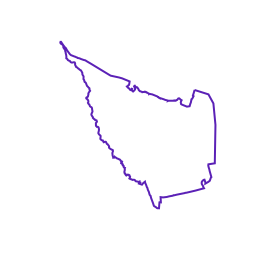 Sascut, Bacau, Romania, rotated 23°
{"feature_id": "2599482B20264955777633", "entity_name": "Sascut", "entity_type": "district", "adm_level": 2, "iso_a3": "ROU", "parent_name": "Romania", "parent_adm1": "Bacau", "projection": "orthographic", "projection_center": [27.041, 46.192], "detail": "fine", "context": "isolated", "style": "outline", "palette": "violet", "viewbox_px": 256, "rotation_deg": 23, "n_neighbors": 0, "source": "geoboundaries", "source_scale": "gbopen_adm2", "svg_char_len": 5642}
<svg xmlns="http://www.w3.org/2000/svg" viewBox="0 0 256 256"><g transform="rotate(23 128 128)"><path d="M187.9,189.8L187.0,187.1L186.0,184.1L186.3,183.9L187.3,183.6L185.0,178.9L187.4,178.2L190.7,176.3L192.5,174.9L195.4,173.0L196.0,172.5L196.1,172.2L196.3,172.2L196.8,171.9L199.1,170.2L205.7,165.7L206.0,165.3L207.0,164.8L214.5,159.3L221.5,153.8L220.6,153.1L219.5,151.9L218.0,150.9L217.6,150.4L217.2,149.5L217.0,148.9L217.1,148.1L217.4,147.2L217.9,146.2L218.6,145.7L220.2,147.5L220.6,148.1L220.9,149.0L223.0,146.2L223.9,144.6L223.7,141.8L223.7,140.9L223.9,140.6L219.9,135.6L219.1,134.4L217.8,132.9L216.6,131.3L216.2,130.0L221.7,126.6L207.3,91.0L197.0,72.0L188.9,65.6L177.5,66.7L174.4,67.0L174.5,67.0L174.5,67.5L174.8,69.8L175.1,73.0L175.5,73.2L175.9,73.2L175.7,75.8L175.2,76.8L175.4,77.0L175.5,78.1L175.9,80.0L175.9,81.3L176.2,83.9L173.9,85.3L168.9,85.4L167.6,85.3L166.6,83.9L166.4,82.8L166.5,81.5L165.2,81.3L163.7,80.7L162.8,81.1L162.7,81.3L162.3,82.9L161.8,83.3L161.1,84.1L160.5,84.3L160.7,84.5L154.6,87.1L154.4,87.3L154.4,87.1L152.4,87.4L151.3,87.6L149.7,87.6L146.1,87.9L146.1,88.2L144.7,88.1L144.0,87.9L143.8,87.6L143.3,87.8L143.1,87.7L142.6,87.5L137.1,87.6L135.9,87.9L134.1,88.2L134.0,88.5L133.7,88.2L132.8,88.1L131.4,87.9L131.3,88.1L130.9,88.1L130.3,87.8L130.0,87.8L129.7,88.0L129.4,88.0L129.3,88.3L128.9,88.3L128.3,88.8L127.7,89.0L127.4,89.3L127.1,89.5L126.9,89.4L126.5,89.3L125.2,89.4L124.8,89.4L124.5,89.5L124.1,89.2L123.9,89.2L123.1,88.9L122.5,88.2L121.7,87.6L120.8,87.2L120.6,87.0L120.4,87.0L120.2,87.2L119.1,87.1L118.1,86.7L117.7,86.4L117.6,86.5L117.8,86.7L117.5,87.5L118.2,87.9L118.3,88.1L119.1,88.7L119.3,89.5L119.4,89.8L119.1,91.0L118.4,92.4L116.3,91.6L116.5,90.9L116.5,90.4L116.1,90.4L116.0,90.9L115.9,91.2L115.8,91.3L115.8,92.0L114.9,92.0L114.5,91.7L113.6,91.2L112.5,91.0L111.8,90.6L111.3,90.5L110.8,90.2L111.3,89.7L111.5,89.3L111.5,88.8L112.1,87.9L111.8,86.4L111.3,84.5L103.2,84.6L100.0,85.0L91.6,86.6L90.0,86.4L68.6,83.3L64.0,82.7L62.3,82.4L60.5,82.7L58.6,82.8L57.8,82.9L57.3,82.8L55.5,82.9L54.5,83.2L54.2,83.2L53.7,83.0L53.0,83.1L51.6,83.0L51.1,83.1L47.0,83.2L45.7,82.8L41.7,80.4L40.9,79.8L40.6,79.6L40.2,79.2L39.5,78.7L38.7,78.5L38.2,78.4L38.1,78.2L36.3,77.2L34.9,76.3L34.2,75.9L33.3,75.2L32.5,74.8L32.1,74.3L32.4,76.0L33.1,76.5L33.7,76.7L34.4,76.7L35.2,77.0L35.5,77.0L35.9,77.3L36.4,77.9L37.1,79.2L39.6,80.8L39.8,81.0L40.4,82.1L41.2,82.9L41.5,83.6L42.4,84.7L42.8,85.4L43.2,86.0L43.8,87.4L43.9,87.9L44.0,88.0L44.8,88.1L45.2,88.3L45.5,88.4L46.0,88.9L46.3,89.0L47.5,89.1L48.0,89.0L48.4,89.1L48.7,89.2L49.3,89.7L49.7,89.8L50.9,89.7L52.2,88.8L52.8,88.5L53.4,88.5L53.9,89.0L54.2,89.4L54.5,90.3L55.2,91.1L55.7,91.3L55.9,91.5L56.2,92.0L57.4,92.1L58.6,92.6L59.7,92.8L60.7,93.2L62.3,93.4L63.0,94.0L64.1,94.8L64.4,95.1L64.9,96.2L65.2,96.6L65.8,97.1L66.6,97.6L67.0,98.0L67.9,100.4L68.9,101.0L69.9,102.4L70.2,102.6L70.9,102.6L71.9,103.2L72.9,104.4L73.3,104.7L73.9,105.3L75.0,105.7L76.1,106.3L76.8,106.4L77.2,106.9L77.4,107.5L77.7,107.9L78.6,108.6L78.3,109.6L78.0,110.7L78.1,111.9L78.1,112.1L78.4,112.4L78.8,114.7L78.6,115.3L78.0,115.9L77.8,116.3L77.8,116.6L77.9,116.9L78.3,117.2L79.4,117.4L79.6,117.7L80.0,117.8L80.5,118.1L81.1,118.9L81.4,119.9L81.3,120.5L81.5,120.7L82.4,121.3L83.3,121.5L83.7,122.1L84.6,122.9L85.4,123.1L86.4,123.2L87.1,123.8L87.7,124.9L88.4,125.9L88.9,126.8L88.9,127.8L88.9,128.4L88.8,128.7L88.9,129.4L88.9,129.7L89.6,130.6L90.0,130.8L90.5,131.2L91.0,131.4L91.4,131.8L91.7,132.4L92.1,132.4L92.4,132.6L92.6,132.8L93.2,133.0L93.9,133.0L94.4,133.4L94.6,133.5L96.0,133.3L96.3,133.7L96.8,134.0L96.9,134.5L96.9,134.8L96.5,136.0L97.6,138.4L98.0,138.7L98.3,138.8L98.9,139.1L99.1,139.1L99.4,138.8L99.8,138.7L100.3,138.8L100.7,139.0L101.8,140.5L101.9,141.0L102.3,142.0L102.5,143.7L102.9,144.6L103.5,144.9L103.8,145.2L104.5,145.4L105.7,145.8L106.2,146.7L106.6,148.3L106.8,148.8L107.0,149.0L107.6,149.2L108.4,149.5L109.1,149.5L109.7,149.3L110.7,150.3L111.3,150.6L112.2,149.6L112.5,149.5L112.9,149.4L113.4,149.6L114.6,150.8L114.9,150.9L115.6,150.9L116.3,151.4L117.1,151.7L117.9,152.5L118.1,153.3L118.5,153.7L119.9,154.1L121.6,154.3L122.2,154.2L122.5,154.2L122.9,154.6L123.2,155.2L123.3,155.7L123.3,156.6L123.4,157.3L123.6,157.5L124.3,158.9L124.8,159.6L125.9,160.8L126.0,161.1L126.9,160.7L127.0,160.6L127.0,159.7L127.8,160.0L128.7,160.0L129.8,160.3L131.0,160.2L131.7,160.3L132.4,160.2L133.0,160.3L134.0,161.0L134.1,160.9L135.4,161.6L135.6,161.3L135.8,161.4L135.7,162.1L135.3,162.9L135.4,163.1L135.8,163.1L136.1,163.3L136.6,163.2L136.7,163.3L137.1,163.3L137.5,163.7L137.6,164.3L138.0,164.5L138.4,164.4L138.7,164.5L138.9,165.1L139.2,165.3L139.3,165.5L139.5,165.6L139.5,165.8L140.2,166.1L140.7,166.0L140.7,166.4L140.9,166.7L141.0,166.8L141.2,167.2L141.3,167.8L141.5,168.0L141.6,168.7L141.6,169.0L141.7,169.5L142.0,169.9L142.0,170.2L142.3,170.6L142.8,170.9L142.8,171.2L142.9,171.3L143.5,171.2L143.7,171.4L143.9,171.5L144.1,171.7L144.3,172.1L145.0,172.4L146.1,170.9L146.5,170.9L146.8,171.0L147.2,170.8L147.9,171.0L148.1,171.4L148.1,171.6L148.9,171.9L149.1,172.5L149.1,173.0L149.0,173.6L149.0,173.9L149.4,173.9L149.5,174.0L149.9,174.0L150.2,174.1L150.7,173.9L151.8,174.0L152.1,174.0L152.4,174.0L152.5,173.8L152.7,173.7L154.2,173.2L155.0,173.4L155.8,174.0L157.8,173.6L158.9,173.5L159.5,172.8L159.7,173.2L160.1,173.4L160.5,173.4L160.4,173.8L160.1,174.0L159.7,174.0L159.7,174.9L163.0,174.7L163.2,173.9L163.7,172.4L164.4,171.2L164.6,170.8L165.3,171.8L167.0,173.4L168.5,175.1L169.3,175.6L170.3,177.0L172.4,178.9L172.8,179.5L174.0,181.0L174.3,181.2L175.4,181.7L175.7,182.2L176.7,183.5L180.5,187.5L182.2,189.5L182.7,189.7L184.8,190.0L185.6,190.3L186.2,190.4L186.6,190.3L187.9,189.8Z" fill="none" stroke="#5b21b6" stroke-width="2"/></g></svg>